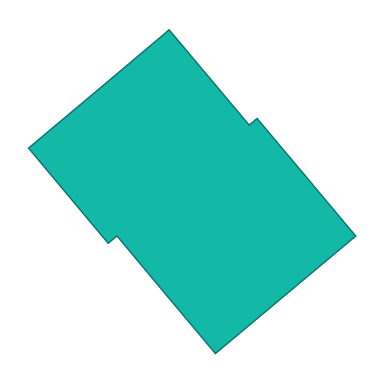 Towner, North Dakota, United States of America, rotated 320°
{"feature_id": "52423323B68396918157782", "entity_name": "Towner", "entity_type": "district", "adm_level": 2, "iso_a3": "USA", "parent_name": "United States of America", "parent_adm1": "North Dakota", "projection": "robinson", "projection_center": [-99.23, 48.685], "detail": "fine", "context": "isolated", "style": "filled", "palette": "teal", "viewbox_px": 384, "rotation_deg": 320, "n_neighbors": 0, "source": "geoboundaries", "source_scale": "gbopen_adm2", "svg_char_len": 331}
<svg xmlns="http://www.w3.org/2000/svg" viewBox="0 0 384 384"><g transform="rotate(320 192 192)"><path d="M95.0,53.3L94.8,177.4L106.3,177.4L106.1,254.0L106.1,330.8L208.7,330.9L289.1,331.0L289.2,254.3L289.1,177.5L278.8,177.5L278.7,53.0L275.0,53.1L186.5,53.3L95.0,53.3Z" fill="#14b8a6" stroke="#0f766e" stroke-width="1.5"/></g></svg>